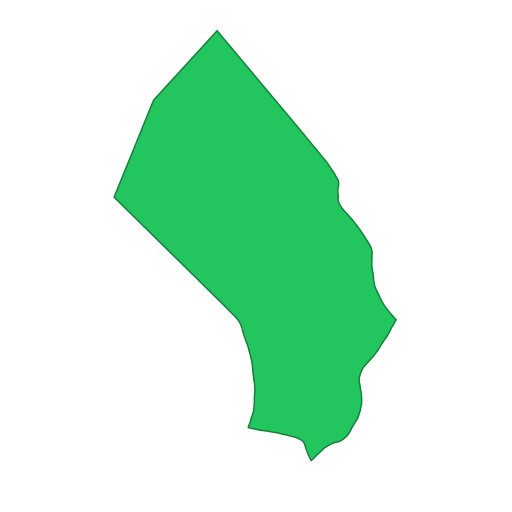 the district of Al Qaff, Hadramawt, Yemen, rotated 319°
{"feature_id": "15242507B27832262197062", "entity_name": "Al Qaff", "entity_type": "district", "adm_level": 2, "iso_a3": "YEM", "parent_name": "Yemen", "parent_adm1": "Hadramawt", "projection": "albers", "projection_center": [48.909, 17.431], "detail": "fine", "context": "isolated", "style": "filled", "palette": "green", "viewbox_px": 512, "rotation_deg": 319, "n_neighbors": 0, "source": "geoboundaries", "source_scale": "gbopen_adm2", "svg_char_len": 6095}
<svg xmlns="http://www.w3.org/2000/svg" viewBox="0 0 512 512"><g transform="rotate(319 256 256)"><path d="M374.4,60.5L365.0,61.5L353.4,62.9L340.9,64.3L328.7,65.7L316.8,67.1L304.8,68.4L293.1,69.8L281.0,71.2L270.0,76.7L263.7,79.9L256.8,83.4L246.6,88.6L239.5,92.2L232.6,95.7L221.9,101.1L215.3,104.4L208.4,107.9L198.0,113.2L187.5,118.5L189.6,145.5L195.8,224.9L196.8,236.8L196.7,236.8L199.4,271.4L200.1,282.3L200.2,283.4L200.3,284.5L200.3,285.5L200.4,286.8L200.5,287.9L200.5,289.0L200.4,292.1L200.3,293.3L200.2,294.3L200.0,295.8L199.7,296.9L199.4,297.9L199.1,298.9L198.7,300.0L198.3,300.9L197.8,302.0L197.2,302.9L196.6,304.1L196.0,305.5L195.5,306.5L195.1,307.6L194.5,309.1L194.0,310.3L193.6,311.3L193.1,312.3L192.7,313.3L192.3,314.4L191.9,315.6L191.6,316.6L191.2,317.6L190.7,318.8L190.2,319.9L190.1,320.1L189.6,321.2L189.1,322.1L188.6,323.0L188.2,324.1L187.6,325.2L186.5,327.4L186.1,328.3L185.5,329.3L185.0,330.4L184.3,331.6L183.7,332.6L183.1,333.6L182.5,334.5L181.9,335.5L181.2,336.5L180.4,337.7L180.0,338.2L179.6,338.8L178.9,339.8L178.2,340.7L177.5,341.6L176.9,342.5L176.1,343.7L175.5,344.6L174.9,345.5L174.7,345.8L174.0,346.9L173.4,347.8L173.2,348.0L172.5,349.1L171.9,350.2L171.1,351.4L170.4,352.4L169.6,353.4L168.9,354.3L168.2,355.2L167.5,356.1L166.8,356.8L166.0,357.7L165.2,358.5L164.3,359.4L163.5,360.2L162.6,361.1L161.8,361.9L161.0,362.8L160.2,363.7L159.4,364.6L158.8,365.4L158.0,366.2L157.0,367.1L155.2,368.9L154.4,369.6L153.6,370.3L152.7,371.1L151.8,371.9L150.9,372.5L150.4,372.7L150.0,373.0L149.1,373.5L148.1,374.0L147.3,374.5L145.2,375.8L143.1,377.2L142.1,377.8L141.2,378.3L140.2,378.8L139.3,379.3L138.1,380.0L137.6,380.4L137.9,380.9L138.7,382.0L139.5,383.1L140.5,384.3L141.2,385.3L142.0,386.4L143.2,388.1L143.9,389.0L144.0,389.1L144.7,390.1L145.5,391.0L146.4,391.8L147.1,392.7L148.1,393.8L150.4,396.5L151.1,397.4L151.9,398.4L152.2,398.8L152.6,399.2L153.2,400.0L154.1,401.1L154.9,402.0L155.7,402.9L156.5,404.1L157.1,404.9L157.3,405.2L157.8,405.8L158.5,406.9L159.3,408.1L159.9,408.9L160.6,409.8L161.4,410.8L162.0,411.7L162.7,412.7L163.3,413.7L164.0,414.7L164.6,415.6L165.3,416.4L166.1,417.5L166.7,418.6L167.0,419.1L167.3,419.7L167.9,420.9L168.5,422.2L168.9,423.2L169.3,424.2L169.6,425.2L169.7,426.5L169.7,427.7L169.6,428.9L169.1,430.0L168.8,430.9L168.4,431.9L167.9,432.9L167.4,434.0L166.9,435.3L166.5,436.3L166.2,437.2L166.1,437.6L165.7,438.7L165.3,439.7L165.0,440.7L164.7,441.7L164.4,442.9L164.0,444.1L163.8,445.3L163.5,446.4L163.5,446.6L163.9,446.6L165.1,446.6L166.6,446.5L167.6,446.4L169.1,446.3L170.4,446.2L171.8,446.1L173.0,446.1L174.0,446.0L175.2,446.0L176.4,445.9L177.4,445.9L178.4,445.9L179.6,445.8L180.9,445.8L181.9,445.8L182.8,445.9L184.0,446.1L185.1,446.3L186.3,446.5L187.3,446.8L188.6,447.0L189.6,447.3L190.6,447.6L191.8,448.0L193.0,448.4L193.9,449.0L194.9,449.4L195.8,449.9L196.7,450.4L197.8,450.8L198.8,451.1L199.9,451.3L201.0,451.4L202.4,451.5L204.9,451.5L205.9,451.5L206.9,451.4L208.3,451.1L208.7,451.0L209.4,450.9L210.4,450.6L211.4,450.2L212.7,449.7L213.6,449.4L214.6,449.0L215.5,448.6L216.7,448.1L217.8,447.8L218.8,447.5L219.8,447.1L220.7,446.8L222.0,446.4L223.2,446.2L224.6,445.8L225.5,445.4L226.6,445.0L227.8,444.4L228.9,443.8L229.9,443.1L231.0,442.4L231.9,441.8L232.9,441.2L233.8,440.6L235.0,439.6L235.5,439.2L235.9,438.9L236.6,438.4L236.8,438.2L237.7,437.6L238.5,436.9L239.4,436.1L240.3,435.1L241.2,434.1L241.9,433.3L242.6,432.3L243.2,431.5L243.9,430.7L244.6,429.7L245.4,428.4L246.1,427.3L247.1,425.8L247.9,424.4L248.8,423.2L249.3,422.3L249.9,421.2L250.6,420.1L251.3,418.9L251.8,418.2L252.1,417.8L253.0,416.7L253.8,415.9L254.7,415.2L255.8,414.5L256.7,413.9L258.0,413.1L258.9,412.5L259.8,412.2L260.8,411.6L261.8,411.2L262.8,410.9L263.5,410.7L263.8,410.6L264.9,410.4L265.9,410.2L267.2,410.0L268.4,409.9L269.5,409.8L270.6,409.6L271.4,409.6L272.1,409.5L273.4,409.3L274.5,409.2L275.7,409.1L276.7,408.9L277.8,408.8L278.8,408.6L279.8,408.4L281.2,408.1L282.3,407.9L283.4,407.7L283.7,407.6L284.4,407.5L285.5,407.3L286.7,406.9L287.8,406.6L289.2,406.1L290.5,405.7L291.9,405.2L293.3,404.8L294.8,404.4L296.3,404.0L297.8,403.6L298.8,403.4L300.1,403.1L301.2,402.8L302.4,402.4L303.6,402.0L304.6,401.7L305.6,401.3L306.6,401.0L307.7,400.6L308.8,400.1L309.1,399.9L309.7,399.7L311.0,399.1L313.1,398.5L314.0,398.2L315.2,397.8L316.4,397.3L317.8,396.8L318.8,396.5L319.9,396.2L319.9,395.1L319.9,394.1L319.9,393.4L319.9,392.7L319.9,391.4L319.8,390.1L319.8,388.8L319.8,387.7L319.8,386.7L319.9,384.5L320.0,383.4L320.0,382.3L320.1,381.1L320.1,379.9L320.2,378.7L320.4,377.6L320.6,376.5L320.7,376.0L320.8,375.5L321.0,374.1L321.2,372.9L321.5,371.8L321.7,370.7L322.1,369.7L322.4,368.5L322.6,367.7L322.7,367.4L323.1,366.3L323.4,365.2L323.7,364.1L323.9,363.1L324.2,362.0L324.5,361.0L324.8,359.8L325.1,358.7L325.5,357.8L325.9,356.7L326.4,355.7L327.4,353.8L328.1,352.8L328.8,351.7L329.0,351.4L329.4,350.8L331.5,348.0L332.1,347.1L332.8,346.1L333.4,345.1L333.9,344.1L334.5,343.3L335.0,342.3L335.6,341.4L336.3,340.2L336.9,339.4L337.5,338.6L338.5,337.6L339.4,336.6L340.2,335.9L340.6,335.4L341.4,334.5L342.6,333.1L343.6,332.0L344.6,331.0L345.4,330.1L346.2,329.2L346.8,328.3L347.4,327.2L347.9,326.1L348.3,325.1L348.6,324.0L348.9,322.9L349.1,321.8L349.4,320.5L349.5,319.6L349.6,319.3L349.8,318.3L349.9,317.3L350.1,316.3L350.3,314.9L350.5,313.7L350.7,312.6L350.8,311.5L350.9,310.4L351.1,309.2L351.3,308.0L351.4,306.9L351.7,304.4L351.8,303.2L351.8,302.1L351.9,301.0L352.0,299.8L352.1,298.7L352.1,298.4L352.1,297.5L352.2,296.5L352.3,295.3L352.4,294.2L352.4,291.7L352.4,289.1L352.4,287.8L352.4,286.5L352.4,285.4L352.3,284.1L352.2,283.0L352.2,281.7L352.2,279.4L352.3,278.2L352.3,276.9L352.4,275.7L352.6,274.3L352.8,273.1L353.0,272.1L353.2,271.0L353.6,270.0L354.1,268.9L354.6,268.0L355.2,267.1L355.9,266.3L356.7,265.4L357.5,264.5L358.4,263.4L359.0,262.4L359.7,261.4L360.4,260.6L361.1,259.9L361.3,259.7L362.0,259.0L362.7,258.4L362.8,258.3L363.6,257.7L364.5,257.0L365.9,255.5L366.6,254.7L367.3,253.6L367.7,252.7L368.0,251.4L368.2,250.3L368.4,249.1L368.5,248.6L368.6,248.0L368.8,247.2L368.9,246.9L369.2,245.9L370.9,232.0L372.1,188.4L372.6,160.0L374.4,60.5Z" fill="#22c55e" stroke="#15803d" stroke-width="1.5"/></g></svg>